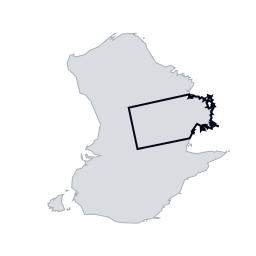 Northern Territory highlighted on a map of Australia, rotated 78°
{"feature_id": "AUS-2650", "entity_name": "Northern Territory", "entity_type": "Territory", "adm_level": 1, "iso_a3": "AUS", "parent_name": "Australia", "parent_adm1": "", "projection": "natural_earth1", "projection_center": [133.869, -18.484], "detail": "medium", "context": "in_parent", "style": "outline", "palette": "ink", "viewbox_px": 256, "rotation_deg": 78, "n_neighbors": 0, "source": "natural_earth", "source_scale": "10m", "svg_char_len": 5313}
<svg xmlns="http://www.w3.org/2000/svg" viewBox="0 0 256 256"><g transform="rotate(78 128 128)"><path d="M176.0,44.0L178.6,57.5L182.1,56.8L185.9,60.8L186.5,69.0L188.7,71.9L189.2,79.5L190.8,83.5L201.9,90.9L206.1,103.0L207.3,103.6L207.6,101.5L210.0,103.7L210.4,102.6L211.3,108.8L212.7,110.6L215.8,112.5L221.7,122.9L221.2,129.9L223.1,138.2L219.3,153.8L216.8,159.5L211.0,165.9L205.4,178.6L203.7,188.2L194.3,190.4L189.6,194.5L186.7,194.9L187.4,197.2L183.0,193.8L183.7,193.0L183.4,192.2L182.6,192.1L181.1,193.6L180.0,192.7L181.9,191.3L180.9,190.2L174.6,195.4L165.2,192.8L157.9,186.6L157.7,181.6L154.4,177.2L155.8,177.4L155.8,176.0L150.8,177.4L152.3,174.1L150.5,169.2L148.6,174.7L144.9,175.3L145.5,173.4L147.2,173.4L149.8,165.9L149.2,160.3L146.6,166.2L142.9,168.5L140.4,172.0L140.7,173.8L139.3,173.6L136.9,171.6L138.4,171.6L137.3,168.1L135.1,164.1L133.1,163.6L132.8,160.1L118.6,154.2L94.5,158.7L86.9,162.7L83.7,167.8L67.0,168.1L58.1,174.2L52.0,173.9L44.9,169.7L44.6,165.5L46.3,166.3L47.6,163.7L47.3,155.3L44.1,148.9L42.7,140.9L34.1,124.1L37.3,125.9L35.2,120.9L36.7,123.8L39.0,124.7L34.8,114.3L37.1,99.9L37.8,103.3L40.4,99.5L49.6,93.0L53.0,93.3L69.9,87.0L76.2,78.6L75.7,73.1L79.0,69.2L81.9,75.3L83.4,71.9L81.5,69.5L82.0,68.0L87.6,69.0L85.8,68.4L87.0,66.0L86.0,63.9L88.9,63.6L87.9,62.0L90.3,61.8L89.5,59.5L91.6,56.9L91.8,58.5L93.5,58.3L93.6,55.4L96.1,56.4L97.7,54.1L100.4,55.7L104.0,59.7L103.3,63.0L105.8,59.9L110.8,61.9L111.9,60.2L109.6,57.7L115.5,46.7L116.7,47.4L118.7,44.6L119.5,45.8L125.6,45.0L125.4,42.3L121.3,40.3L122.0,39.7L136.7,45.4L141.0,43.3L140.0,45.4L141.8,46.6L144.0,44.0L146.0,46.2L143.6,51.1L141.0,51.6L141.2,55.1L138.8,60.7L152.1,70.8L155.7,71.8L156.9,74.2L162.9,75.9L167.3,67.1L167.7,54.4L168.4,49.6L169.9,48.4L168.8,46.2L172.6,37.0L176.0,44.0ZM179.5,205.8L186.5,208.5L195.1,206.8L195.2,214.4L194.7,213.0L193.8,214.7L193.3,219.6L190.4,217.6L188.3,222.2L184.7,221.8L185.5,220.5L182.4,218.4L181.3,214.5L182.7,215.2L179.6,209.8L179.5,205.8ZM114.4,39.7L118.6,39.7L119.9,41.1L117.1,43.8L114.4,39.7ZM143.3,178.9L150.5,178.7L147.4,180.0L143.3,178.9ZM144.8,54.4L145.7,57.1L143.0,56.7L143.4,54.7L144.8,54.4ZM221.3,121.7L221.3,118.6L222.4,115.9L222.8,117.8L221.3,121.7ZM193.3,201.3L195.7,201.9L195.7,203.0L193.3,201.3ZM113.9,40.5L115.4,43.2L112.7,43.1L113.9,40.5ZM177.1,201.8L175.7,201.5L176.5,199.7L177.1,201.8ZM159.0,69.6L157.8,70.5L156.5,70.9L157.1,69.4L159.0,69.6ZM34.1,123.4L33.0,121.9L32.9,120.5L33.0,120.4L34.1,123.4ZM195.1,204.0L196.0,204.7L194.3,204.2L195.1,204.0ZM212.2,109.2L213.2,109.2L213.1,110.6L212.2,109.2ZM189.5,79.4L190.7,80.3L190.4,80.7L189.5,79.4ZM190.2,220.3L190.3,221.6L189.4,221.2L190.2,220.3ZM222.6,131.0L222.6,132.8L222.6,131.0ZM125.2,39.6L124.5,38.9L124.9,38.5L125.2,39.6ZM145.0,39.7L144.0,41.1L145.2,38.7L145.0,39.7ZM222.9,129.0L222.4,129.5L222.7,128.9L222.9,129.0ZM146.5,64.9L145.9,65.1L146.2,64.5L146.5,64.9ZM142.7,54.3L142.0,54.5L142.4,53.6L142.7,54.3ZM43.6,93.0L43.4,94.1L43.1,94.1L43.6,93.0ZM171.3,36.4L171.3,37.3L171.0,36.6L171.3,36.4ZM182.6,192.6L182.8,193.2L182.5,193.0L182.6,192.6ZM143.7,41.5L142.3,42.4L143.7,41.3L143.7,41.5ZM89.5,58.2L89.0,58.8L89.4,58.1L89.5,58.2ZM190.8,219.4L190.3,219.7L190.6,219.2L190.8,219.4ZM158.4,72.9L157.6,72.9L158.0,72.3L158.4,72.9ZM86.7,63.1L86.4,63.5L86.3,62.6L86.7,63.1ZM194.3,216.8L193.7,217.2L193.9,216.5L194.3,216.8ZM171.8,33.8L171.7,34.5L171.3,34.1L171.8,33.8ZM182.2,193.4L182.8,193.9L181.8,193.8L182.2,193.4ZM203.3,90.8L202.8,90.9L203.0,90.1L203.3,90.8ZM207.2,101.4L206.9,101.4L207.1,100.8L207.2,101.4ZM179.8,204.9L179.7,205.3L179.5,204.7L179.8,204.9Z" fill="#d9dde1" stroke="#a8b0b8" stroke-width="1"/><path d="M107.8,60.4L108.8,62.5L108.9,60.2L111.1,62.2L110.9,60.2L112.5,60.0L111.0,59.7L110.6,59.0L111.2,58.9L111.6,58.5L109.6,57.4L111.3,55.5L112.0,52.3L114.2,51.8L113.2,49.5L115.0,47.6L115.4,48.2L115.9,48.2L115.3,46.5L116.9,47.9L116.5,46.5L118.8,44.5L119.5,45.9L123.4,45.1L124.0,46.4L124.3,45.1L125.8,45.0L125.5,42.3L124.5,41.3L122.7,41.6L121.0,40.4L122.1,39.4L123.0,40.9L122.9,39.3L125.4,41.5L126.5,40.5L129.5,43.5L131.4,42.7L131.0,43.4L132.4,43.6L132.7,44.7L135.5,44.0L137.6,46.0L140.8,42.9L140.1,46.0L141.7,44.6L141.5,46.8L142.6,46.7L143.2,45.6L142.3,45.2L144.1,43.7L144.6,45.7L146.1,46.2L144.3,48.9L143.7,48.6L144.6,49.9L143.8,49.7L143.7,51.2L142.9,51.6L143.0,50.1L141.0,51.5L140.8,53.9L141.8,53.6L140.9,56.6L138.3,59.6L144.8,66.4L146.1,66.0L150.9,69.8L150.5,123.1L108.3,123.1L107.8,60.4ZM119.9,41.0L117.2,43.9L114.9,42.3L114.3,39.8L115.9,41.1L118.1,40.0L118.4,40.9L118.6,39.7L119.9,41.0ZM144.8,56.2L145.7,57.2L142.9,56.8L143.4,54.5L144.8,53.5L144.9,54.6L145.7,54.1L144.8,56.2ZM114.7,42.6L115.5,43.2L112.6,43.0L114.2,40.4L114.7,42.6ZM125.0,40.6L124.4,38.8L125.0,38.5L125.0,40.6ZM146.6,64.8L145.8,65.2L146.1,64.5L146.6,64.8ZM145.1,38.9L144.9,39.8L144.0,41.1L143.7,41.2L145.1,38.9ZM142.3,53.6L142.5,54.6L141.9,54.5L142.3,53.6ZM142.3,42.5L143.7,41.2L143.2,42.0L142.3,42.5ZM143.9,64.1L144.2,64.7L143.8,64.7L143.9,64.1ZM124.8,42.2L125.0,42.7L124.6,42.3L124.8,42.2ZM142.0,44.4L142.7,44.5L142.0,44.6L142.0,44.4ZM144.3,65.1L144.8,65.1L144.5,65.5L144.3,65.1ZM144.9,64.8L145.4,65.0L144.9,65.3L144.9,64.8ZM142.1,53.0L141.9,51.9L142.4,52.5L142.1,53.0ZM110.2,60.0L110.6,60.5L110.6,60.9L110.2,60.0ZM128.7,42.1L129.3,42.0L128.7,42.4L128.7,42.1ZM141.4,42.6L141.3,42.4L141.7,42.3L141.4,42.6Z" fill="none" stroke="#020617" stroke-width="2"/></g></svg>